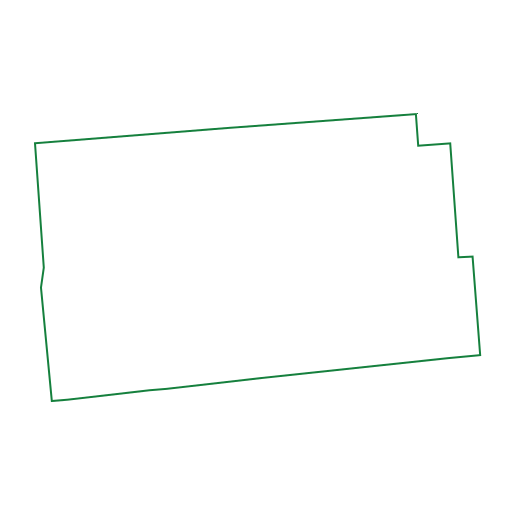 Fulton, Ohio, United States of America (Albers equal-area conic projection), rotated 176°
{"feature_id": "52423323B87203223255400", "entity_name": "Fulton", "entity_type": "district", "adm_level": 2, "iso_a3": "USA", "parent_name": "United States of America", "parent_adm1": "Ohio", "projection": "albers", "projection_center": [-84.164, 41.603], "detail": "fine", "context": "isolated", "style": "outline", "palette": "green", "viewbox_px": 512, "rotation_deg": 176, "n_neighbors": 0, "source": "geoboundaries", "source_scale": "gbopen_adm2", "svg_char_len": 385}
<svg xmlns="http://www.w3.org/2000/svg" viewBox="0 0 512 512"><g transform="rotate(176 256 256)"><path d="M86.6,386.4L275.5,385.7L468.6,383.9L468.5,259.2L472.7,239.5L469.8,125.6L469.7,125.6L453.8,125.8L371.6,129.5L354.6,129.7L259.2,133.9L71.7,140.7L41.8,141.4L39.3,141.5L40.0,240.3L54.2,240.6L54.4,354.8L86.5,354.7L86.6,386.4Z" fill="none" stroke="#15803d" stroke-width="2"/></g></svg>